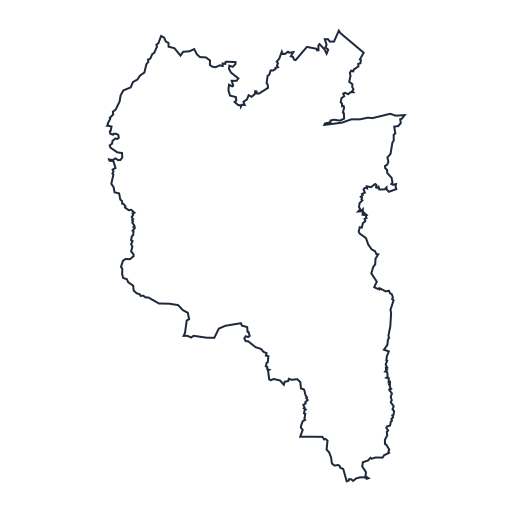 the district of Kabin Buri, Prachin Buri, Thailand
{"feature_id": "78962969B13244714899487", "entity_name": "Kabin Buri", "entity_type": "district", "adm_level": 2, "iso_a3": "THA", "parent_name": "Thailand", "parent_adm1": "Prachin Buri", "projection": "orthographic", "projection_center": [101.817, 13.854], "detail": "fine", "context": "isolated", "style": "outline", "palette": "slate", "viewbox_px": 512, "rotation_deg": 0, "n_neighbors": 0, "source": "geoboundaries", "source_scale": "gbopen_adm2", "svg_char_len": 6001}
<svg xmlns="http://www.w3.org/2000/svg" viewBox="0 0 512 512"><path d="M404.7,115.1L395.7,115.7L390.2,113.8L372.5,118.1L367.8,117.7L360.0,119.3L351.5,119.3L341.8,122.7L324.3,124.9L324.9,123.5L330.5,122.2L330.5,120.5L333.8,119.7L339.9,120.6L344.1,118.6L343.9,113.3L342.9,112.6L344.1,107.6L343.6,106.0L342.1,106.3L342.0,103.5L340.7,102.4L341.5,98.1L344.2,96.2L343.2,93.6L344.9,92.8L348.2,94.2L350.6,92.2L353.3,92.2L352.3,91.0L353.5,89.5L352.2,86.9L352.4,84.2L349.2,81.8L350.5,75.8L349.9,72.8L351.2,70.7L353.2,71.4L353.8,69.5L358.4,66.4L358.2,63.9L360.4,63.3L360.9,60.1L359.9,59.4L363.7,52.7L340.5,33.2L338.8,30.7L334.0,41.6L329.8,41.6L328.0,39.2L324.8,39.2L326.6,45.0L325.4,47.4L328.2,49.7L326.6,53.7L324.5,49.4L319.5,44.1L318.4,45.5L318.5,50.3L317.2,50.4L316.5,48.8L306.9,46.9L295.6,60.1L294.1,59.7L292.9,56.9L290.9,56.3L293.3,52.1L289.3,52.7L288.0,51.7L285.1,53.9L282.7,54.0L281.8,51.7L279.2,58.8L276.7,61.6L278.0,63.3L277.0,65.4L278.0,67.2L275.5,67.8L275.5,69.0L273.0,70.5L270.7,70.4L269.2,74.8L267.6,75.8L266.6,83.2L267.6,84.3L268.0,87.9L258.9,93.6L257.0,93.5L256.5,91.4L255.2,91.2L254.9,94.0L251.6,96.8L248.6,95.2L247.0,99.4L243.5,101.8L244.7,105.0L242.1,104.7L240.8,106.8L240.6,105.2L238.2,105.1L234.6,102.0L236.3,100.5L235.9,97.1L230.0,95.6L228.4,90.2L229.0,84.7L232.3,86.4L233.2,85.7L231.7,80.8L236.6,80.8L238.4,78.4L231.0,72.6L229.0,68.9L229.3,65.7L232.8,66.8L235.5,64.0L235.5,62.1L226.5,61.7L225.5,62.0L225.3,63.9L222.7,63.5L222.7,66.0L219.8,65.3L215.7,67.2L212.3,66.7L209.9,65.0L210.0,60.5L205.9,57.4L200.0,57.1L197.0,54.5L194.2,49.1L189.4,51.3L183.1,51.8L180.5,55.6L174.4,48.2L168.6,46.7L168.5,43.0L165.7,41.4L164.2,37.7L161.1,36.0L158.4,43.2L156.4,44.7L157.0,46.5L154.2,52.9L152.3,54.1L150.2,58.7L148.0,59.6L148.3,61.9L146.4,64.2L144.4,72.5L140.0,75.6L137.3,79.6L133.0,82.0L130.7,87.4L123.4,90.4L120.6,95.4L119.6,101.5L115.6,109.7L112.9,111.7L113.2,114.5L109.8,117.8L110.3,118.7L107.6,123.8L108.1,125.0L107.3,125.7L111.5,126.5L110.7,130.8L109.8,131.3L110.4,133.9L113.1,134.7L113.5,133.8L116.3,133.8L118.3,135.0L118.8,137.8L117.3,139.0L115.3,138.5L112.5,140.9L112.1,143.6L109.7,145.4L110.4,147.6L117.4,152.4L122.0,153.0L122.3,157.4L120.4,160.0L118.0,160.1L115.5,158.4L112.5,160.1L109.0,159.4L109.5,160.7L113.4,161.2L115.5,168.0L112.6,169.6L113.5,171.5L112.4,173.6L113.4,174.5L111.3,183.8L113.6,187.1L114.5,192.3L119.1,193.4L120.3,199.5L122.0,201.1L122.2,203.7L123.6,204.0L125.5,206.4L124.9,207.5L128.8,210.2L131.2,209.8L134.4,212.7L132.6,213.4L133.2,215.0L131.7,217.0L133.1,219.5L132.1,220.1L133.0,221.6L132.3,222.7L134.1,225.1L133.6,226.7L134.5,226.4L134.8,228.2L132.6,230.7L133.5,231.3L133.2,235.1L131.9,236.1L131.1,240.2L132.6,241.2L131.1,244.1L132.4,246.7L131.1,251.3L133.5,254.4L133.7,256.0L130.0,259.2L125.6,259.0L122.9,260.8L121.0,267.0L122.3,268.7L122.1,274.0L123.2,278.0L126.8,279.2L128.3,282.3L133.2,285.7L133.7,290.6L136.7,293.3L139.7,294.3L140.6,295.9L143.4,295.7L145.4,297.4L148.4,297.5L159.0,303.5L169.3,303.7L178.1,305.1L182.8,310.1L187.8,312.8L189.1,319.2L186.7,320.5L185.0,333.0L183.6,335.9L187.5,335.9L191.2,337.5L193.6,335.8L206.6,337.7L214.3,337.8L218.8,328.6L225.3,325.8L240.9,323.2L241.9,325.6L247.2,327.1L247.5,331.8L248.5,331.9L249.7,335.9L248.2,337.0L245.6,336.3L244.3,338.5L245.7,341.1L248.3,341.4L255.6,347.2L260.9,348.9L263.6,351.9L266.6,353.2L265.9,355.6L268.4,356.2L267.8,362.2L266.7,362.7L265.8,366.3L267.3,366.9L267.2,369.1L269.1,369.8L268.0,370.3L269.2,379.4L270.7,380.2L273.7,379.0L280.1,380.5L283.8,384.7L284.7,381.7L288.2,381.1L288.8,378.8L291.7,379.8L297.2,379.2L300.3,382.0L301.0,388.5L303.8,389.3L304.5,390.8L305.6,395.5L307.0,397.2L306.2,398.1L307.7,400.0L305.3,402.2L305.6,403.5L303.3,404.9L304.6,407.8L303.9,408.3L305.7,409.6L304.6,410.3L304.0,413.3L305.3,413.9L304.4,418.9L305.1,419.9L302.7,421.2L301.1,425.7L300.8,427.5L302.7,429.9L300.2,436.7L322.3,436.8L324.1,439.4L325.4,438.9L327.5,440.6L326.6,449.7L329.1,452.3L331.1,457.5L331.9,463.5L334.6,465.6L338.1,465.0L339.6,465.8L340.3,467.8L343.2,468.9L346.7,481.3L348.6,480.6L349.0,479.2L351.3,479.3L353.1,480.9L356.2,478.4L360.3,477.3L365.3,477.4L366.6,478.8L368.5,478.2L365.4,476.2L366.0,472.2L362.2,466.5L362.9,462.2L368.2,460.4L370.4,457.8L371.7,458.7L375.6,457.5L382.6,457.6L384.0,455.3L389.1,452.8L388.4,451.9L389.2,449.6L386.3,444.7L385.0,444.0L384.9,439.8L387.2,435.4L386.8,431.9L388.1,430.5L386.3,427.8L387.0,426.5L390.1,425.5L390.8,421.8L392.0,420.7L391.4,419.0L393.1,417.3L392.3,415.4L393.5,414.9L394.1,411.2L392.5,409.3L393.7,406.3L390.8,402.3L391.7,400.2L390.8,396.8L391.9,393.4L389.4,390.2L390.8,389.1L389.9,388.8L390.6,388.2L389.2,384.6L390.0,384.6L390.0,381.8L388.6,382.2L388.8,378.3L386.4,377.7L387.6,376.8L387.4,373.2L387.0,372.0L385.2,371.5L386.2,370.5L386.0,369.0L386.8,369.2L386.1,367.7L387.2,367.5L385.7,364.6L387.2,360.6L386.3,360.1L386.9,356.2L388.8,351.4L383.9,349.7L387.3,345.1L388.0,339.3L389.1,338.0L388.4,335.8L390.3,326.3L391.1,313.2L390.5,309.8L393.6,300.3L392.1,299.0L392.9,297.5L391.9,294.4L390.0,293.2L389.0,290.8L385.7,291.4L380.4,288.6L379.7,289.4L379.0,288.3L378.0,289.0L374.2,287.2L376.8,281.7L371.3,273.4L373.2,267.0L375.2,264.4L375.5,258.8L378.2,254.3L376.4,254.1L375.0,251.2L371.6,249.3L368.2,244.5L366.0,238.1L359.6,233.5L358.7,231.6L359.8,227.2L361.8,227.6L362.9,223.1L365.3,221.2L364.6,218.9L366.5,218.1L365.8,215.9L366.8,215.2L364.2,212.9L363.9,214.9L362.6,214.8L362.8,209.3L360.9,211.3L358.2,211.5L360.2,209.4L359.0,207.0L359.6,203.1L362.4,200.3L361.5,199.4L362.0,197.6L360.8,196.8L362.7,195.2L362.0,194.0L364.9,192.6L363.5,189.3L365.1,187.7L367.1,188.4L366.8,186.3L370.9,187.2L375.2,184.0L376.4,184.9L376.0,187.4L377.0,187.9L378.5,186.7L379.3,189.5L384.6,189.4L386.5,187.4L386.8,189.6L388.9,191.8L396.3,189.1L395.5,186.2L396.0,184.1L392.8,184.8L391.3,184.0L392.5,182.6L391.6,177.8L387.3,173.1L387.0,169.8L385.2,168.2L385.0,166.0L387.2,164.6L388.4,162.0L387.4,157.4L390.5,154.0L392.4,142.6L393.7,140.7L393.7,134.7L395.3,133.4L394.2,126.6L398.2,126.1L400.8,123.0L400.2,119.2L401.6,118.9L404.7,115.1Z" fill="none" stroke="#1e293b" stroke-width="2"/></svg>